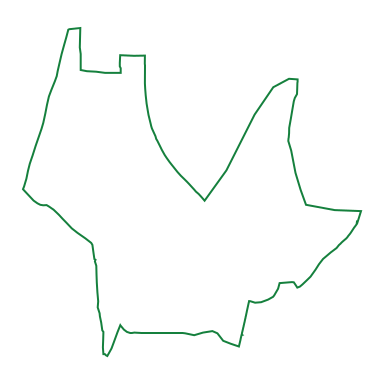 outline of Massade, Gros Islet, Saint Lucia
{"feature_id": "8701671B41782818655170", "entity_name": "Massade", "entity_type": "district", "adm_level": 2, "iso_a3": "LCA", "parent_name": "Saint Lucia", "parent_adm1": "Gros Islet", "projection": "equal_earth", "projection_center": [-60.949, 14.083], "detail": "fine", "context": "isolated", "style": "outline", "palette": "green", "viewbox_px": 384, "rotation_deg": 0, "n_neighbors": 0, "source": "geoboundaries", "source_scale": "gbopen_adm2", "svg_char_len": 2916}
<svg xmlns="http://www.w3.org/2000/svg" viewBox="0 0 384 384"><path d="M297.6,79.4L289.0,78.8L273.3,87.2L254.6,114.6L226.4,170.4L204.6,200.7L201.7,197.3L198.7,194.0L195.9,191.6L194.3,189.7L189.1,184.0L187.3,182.1L184.4,179.2L180.8,175.7L177.4,171.9L171.9,165.0L169.4,161.8L166.7,158.0L164.7,155.0L161.8,149.8L159.7,145.5L157.2,140.5L156.2,138.9L155.5,136.3L151.9,128.4L151.2,126.1L150.7,123.9L148.5,114.9L147.5,109.0L146.6,103.6L145.7,95.3L145.2,88.9L144.9,83.5L144.9,82.1L145.0,65.3L144.8,63.9L144.9,55.6L133.9,55.8L120.2,55.2L119.8,62.9L119.8,66.4L120.7,68.2L120.7,72.9L105.3,72.9L96.1,71.7L86.9,71.2L80.7,70.0L80.7,54.0L79.8,47.5L80.3,28.0L69.3,29.2L68.3,29.7L66.3,37.3L64.2,44.7L61.6,54.1L59.6,62.7L57.7,71.0L56.7,76.3L56.3,77.3L54.9,81.2L51.3,90.1L48.9,96.5L47.0,104.8L45.3,113.6L43.3,122.8L41.5,128.9L39.4,135.0L35.6,146.0L32.5,155.8L32.0,157.2L29.8,163.7L28.0,170.8L26.4,178.7L25.2,182.7L24.2,186.1L24.0,186.7L23.0,189.2L23.7,190.0L33.6,200.6L37.4,203.3L40.3,204.8L43.3,205.3L46.6,205.1L49.1,206.6L53.7,209.8L58.8,214.7L62.5,218.7L66.4,222.7L71.8,228.4L77.4,232.8L85.4,238.4L91.2,242.9L92.4,244.9L93.6,253.6L94.4,259.1L95.5,259.8L94.9,261.4L96.3,265.8L96.5,274.0L96.8,282.5L97.4,292.2L98.2,301.4L97.7,307.4L99.6,313.3L99.9,316.3L101.2,322.6L102.3,330.4L103.4,331.9L103.2,339.3L102.9,347.4L103.4,354.1L104.8,354.1L106.0,355.3L107.3,356.0L109.0,353.0L111.5,348.5L113.7,342.6L117.5,332.2L120.3,325.2L120.5,325.5L123.9,329.6L126.9,331.9L130.2,333.0L131.9,333.0L134.3,332.6L141.5,333.0L158.5,333.0L175.4,333.0L182.6,333.0L185.1,333.3L194.2,335.2L203.0,332.6L212.4,331.1L217.4,333.3L223.2,340.8L230.6,343.7L238.9,346.5L240.5,339.8L240.6,339.1L241.5,335.1L242.2,334.9L241.7,334.5L241.9,333.7L242.0,333.1L242.1,332.5L242.3,331.9L242.4,331.3L242.6,330.6L242.8,329.6L243.0,328.9L243.1,328.4L243.2,327.9L243.3,327.4L243.5,326.8L243.6,326.3L243.7,325.6L243.9,325.0L244.0,324.5L244.1,324.0L244.2,323.5L244.3,323.0L244.5,322.3L244.6,321.9L244.7,321.4L244.8,320.9L244.9,320.4L245.0,319.9L245.1,319.5L245.2,318.9L245.4,318.3L245.5,317.8L245.6,317.0L245.9,316.0L246.0,315.5L246.1,314.8L246.3,314.1L246.4,313.3L246.6,312.7L246.7,312.0L248.7,302.8L248.9,302.2L249.1,301.1L250.3,301.2L255.1,302.7L261.1,302.2L268.1,299.6L273.1,296.8L274.2,295.4L278.1,288.7L279.6,283.1L292.0,282.1L293.8,282.3L295.5,284.8L297.3,287.6L299.9,286.6L302.5,284.4L306.8,280.3L310.5,276.7L315.5,269.7L319.0,264.2L323.1,258.9L330.9,252.3L336.6,248.0L339.0,245.0L340.4,243.8L341.5,242.6L342.7,241.5L344.9,239.6L346.1,238.6L347.3,237.3L348.2,236.0L350.1,233.7L350.8,232.7L354.2,227.5L355.0,226.5L356.6,224.3L356.9,222.1L357.4,222.6L358.1,220.4L358.7,218.5L361.0,211.1L334.7,210.1L306.0,204.8L300.6,189.8L295.5,172.9L291.2,150.6L288.3,141.0L288.5,138.5L288.7,137.7L289.1,133.1L289.2,127.9L290.8,118.9L292.3,110.0L293.8,101.3L294.8,98.0L297.0,94.1L297.2,89.0L297.4,82.7L297.6,81.9L297.6,80.0L297.6,79.4Z" fill="none" stroke="#15803d" stroke-width="2"/></svg>